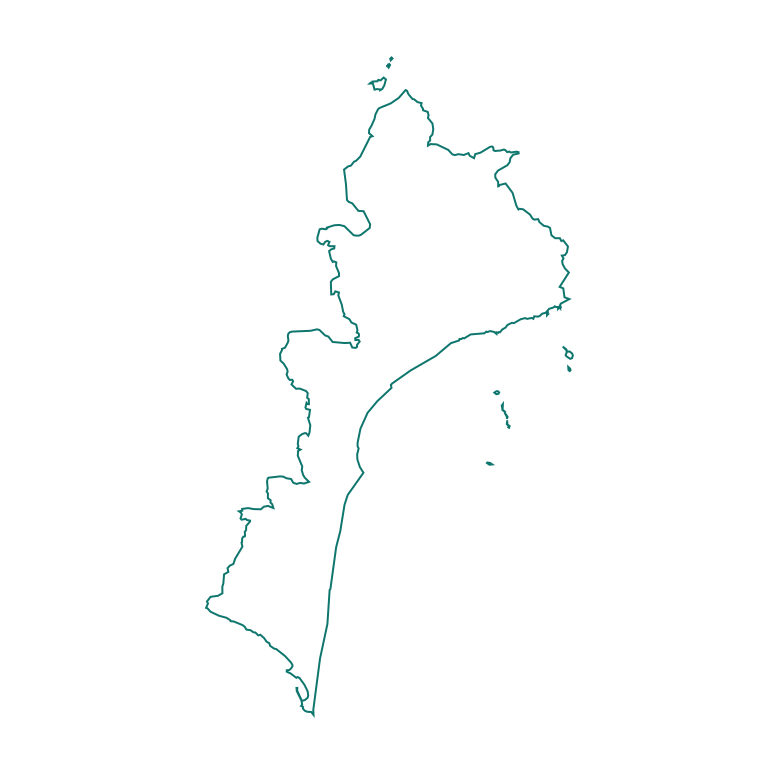 the district of Bangka Tengah, Bangka-Belitung, Indonesia, rotated 86°
{"feature_id": "22746128B66707258567489", "entity_name": "Bangka Tengah", "entity_type": "district", "adm_level": 2, "iso_a3": "IDN", "parent_name": "Indonesia", "parent_adm1": "Bangka-Belitung", "projection": "robinson", "projection_center": [106.262, -2.433], "detail": "fine", "context": "isolated", "style": "outline", "palette": "teal", "viewbox_px": 768, "rotation_deg": 86, "n_neighbors": 0, "source": "geoboundaries", "source_scale": "gbopen_adm2", "svg_char_len": 6140}
<svg xmlns="http://www.w3.org/2000/svg" viewBox="0 0 768 768"><g transform="rotate(86 384 384)"><path d="M92.3,342.0L99.6,349.3L104.5,357.6L108.4,369.4L109.6,370.8L114.4,373.7L118.7,374.9L125.2,378.3L129.2,381.0L132.7,381.5L136.0,378.2L136.6,380.6L155.5,391.8L159.5,396.4L160.1,398.4L163.8,401.7L164.5,404.8L167.3,408.9L182.1,408.0L197.8,408.1L199.8,406.6L201.6,403.0L209.5,397.5L210.2,392.3L223.7,386.7L227.4,387.4L233.5,396.5L234.2,398.5L234.1,401.1L233.5,403.9L223.8,412.5L222.2,417.5L222.2,422.6L224.0,430.1L224.9,429.8L225.6,431.3L224.7,435.3L225.2,437.4L233.5,440.3L236.9,440.3L239.6,437.5L240.6,434.8L238.1,432.7L237.3,430.6L238.4,428.5L241.6,430.1L242.7,428.7L243.1,423.8L245.3,424.2L246.0,427.3L247.6,429.5L255.2,428.3L258.7,426.6L258.2,425.3L259.3,423.1L263.0,423.6L270.1,421.2L273.2,421.3L276.1,427.9L278.5,429.9L291.0,430.4L290.9,427.8L288.2,426.1L289.6,422.5L292.4,423.4L301.9,420.6L309.1,419.7L311.7,418.5L313.6,419.4L316.9,414.0L320.4,412.2L322.9,407.6L328.5,406.7L330.8,407.6L331.8,405.8L333.1,405.5L334.9,405.8L336.4,409.6L338.2,409.5L338.2,406.3L339.9,405.3L343.1,408.2L345.3,408.4L346.0,409.8L345.4,413.1L340.5,414.9L340.4,420.4L338.5,432.3L332.8,436.2L331.4,439.4L325.6,444.6L324.8,447.0L325.8,453.6L325.3,472.2L325.9,474.6L327.1,475.9L329.3,476.6L334.0,476.3L336.4,477.3L340.9,480.3L341.9,483.4L343.3,483.5L346.7,485.6L353.4,485.7L356.6,482.7L362.5,479.6L365.1,479.3L367.7,480.5L371.1,479.3L373.3,477.9L373.4,475.2L375.0,474.5L378.0,476.3L382.6,472.1L382.7,468.3L385.6,462.2L387.8,460.7L392.4,461.6L393.7,460.1L398.9,460.3L398.7,461.6L397.4,462.6L401.9,464.0L403.4,463.4L404.6,459.6L411.9,461.2L412.3,462.2L420.1,460.4L427.2,461.7L430.3,463.1L427.7,465.1L427.5,466.7L428.4,469.5L430.7,472.8L437.8,474.2L440.3,473.7L441.9,474.9L443.6,471.9L444.6,474.3L449.5,475.0L460.6,471.3L464.2,472.1L469.1,471.0L471.9,469.6L476.4,465.6L477.7,470.7L476.8,474.7L477.6,478.1L476.2,481.4L472.3,483.3L471.2,487.9L469.4,491.0L468.9,494.1L469.4,505.6L469.9,506.5L473.0,507.5L480.1,507.3L483.1,508.6L485.0,507.4L489.9,507.8L492.0,505.2L494.4,505.5L496.1,503.9L500.0,503.0L497.5,508.3L498.1,512.5L500.4,515.6L499.7,522.7L498.3,528.3L498.7,534.2L500.5,534.2L500.9,537.5L502.2,535.8L504.2,534.9L508.1,536.5L509.4,535.6L508.9,531.3L510.1,530.3L510.9,527.2L511.7,527.1L515.9,531.3L520.3,531.8L521.7,533.2L525.8,533.2L526.4,533.6L526.5,535.0L528.2,536.3L531.7,536.6L532.2,537.2L536.4,536.6L547.9,544.7L553.0,546.8L554.4,550.4L556.8,552.9L560.6,552.4L562.7,556.8L571.9,558.2L574.8,559.4L581.5,559.8L583.7,564.4L584.2,571.8L588.6,575.8L590.6,574.9L594.9,577.1L595.4,575.8L599.1,572.9L603.7,564.7L606.2,557.5L608.9,553.8L609.9,553.6L610.4,550.5L614.6,542.0L616.4,539.9L619.4,538.4L620.3,534.3L622.6,531.6L622.9,529.7L626.0,527.0L625.5,524.9L629.0,521.4L632.9,519.1L634.6,516.5L637.2,515.9L640.3,512.1L640.9,510.0L648.6,501.6L655.5,496.1L658.1,494.9L659.3,495.0L661.7,497.0L662.7,498.5L662.8,501.0L664.2,501.1L666.2,497.4L671.0,491.9L670.3,490.6L671.5,488.7L678.6,484.3L685.3,481.6L689.4,481.3L691.7,482.1L693.8,485.1L694.4,488.0L683.9,492.0L681.1,491.7L681.1,492.5L684.3,492.4L694.1,488.4L698.2,488.0L699.4,489.1L700.3,487.4L702.3,487.5L704.5,485.7L705.6,483.5L706.1,479.5L709.2,477.4L704.3,477.3L653.5,467.0L619.5,457.2L585.6,452.6L584.9,451.8L543.4,443.1L527.8,437.9L501.7,431.8L492.1,427.9L471.1,410.7L465.1,413.9L457.5,415.8L452.5,415.7L446.5,413.8L444.3,414.7L440.6,414.4L426.9,410.6L411.6,402.4L400.6,391.8L388.4,376.8L385.4,377.2L384.1,375.9L372.3,356.4L359.6,330.4L347.9,314.4L345.8,306.0L344.3,305.5L344.5,303.7L343.6,302.1L344.1,300.9L340.6,294.1L340.4,280.3L338.9,278.3L339.4,277.2L338.6,274.4L339.8,270.5L341.9,268.3L340.3,268.1L340.9,266.5L340.2,265.8L340.5,264.7L337.8,262.2L336.2,258.8L333.8,256.8L331.9,252.3L332.3,250.1L328.9,243.0L328.1,238.6L329.0,236.8L328.4,232.0L329.4,230.5L327.0,229.4L327.5,225.6L327.1,224.0L324.9,221.3L324.3,218.1L323.1,216.4L326.8,216.6L325.9,215.6L325.7,216.3L323.9,215.4L322.3,215.8L320.5,214.0L319.5,209.5L318.4,208.2L319.3,206.9L319.3,205.1L321.0,205.1L319.8,204.1L321.0,203.0L319.5,203.0L320.8,202.0L318.2,202.8L316.2,202.1L312.2,193.2L310.1,197.9L301.1,198.5L299.4,202.0L285.7,191.8L281.3,195.5L276.7,197.5L273.5,197.7L271.4,196.2L268.3,197.6L268.1,194.5L265.3,192.3L259.6,190.9L253.2,195.2L253.8,197.1L250.8,198.4L250.5,203.1L247.3,206.6L239.9,207.5L238.4,209.7L237.3,213.6L233.4,217.6L230.3,218.7L230.5,222.5L229.6,224.1L225.1,226.6L219.4,233.1L218.7,236.5L219.3,237.7L215.4,239.5L202.3,242.4L192.5,248.7L193.7,255.8L194.7,255.7L194.8,256.3L190.4,256.0L186.0,258.5L182.5,258.4L179.0,255.3L174.4,245.7L171.5,243.2L167.6,242.2L164.3,239.2L163.4,233.6L162.1,233.6L161.5,235.6L161.9,241.4L160.9,242.7L161.3,244.8L158.9,246.9L158.5,248.4L159.2,251.2L159.3,257.0L158.5,258.4L155.5,258.6L154.6,259.7L154.8,261.6L159.9,271.5L161.1,277.0L165.0,278.4L162.3,282.6L159.6,283.6L161.1,288.4L159.9,293.9L160.6,297.3L159.7,299.8L155.0,303.5L148.7,314.6L147.9,320.9L149.3,323.5L145.9,323.0L144.4,321.0L140.9,320.8L138.5,318.3L133.2,317.1L127.5,317.5L121.7,321.6L118.9,320.8L115.6,321.4L113.7,325.9L112.2,325.9L108.9,327.7L106.5,326.9L105.1,330.9L102.1,334.1L101.7,335.7L96.5,339.5L93.2,340.5L92.3,342.0ZM86.2,362.9L80.3,360.8L78.3,363.0L80.9,366.2L80.2,368.5L81.5,369.3L81.5,374.5L82.5,374.8L82.5,376.3L83.3,377.3L83.4,374.1L89.7,372.9L89.3,370.6L89.9,367.1L90.6,367.2L89.6,365.2L86.2,362.9ZM371.3,194.6L368.6,193.6L366.7,194.2L364.5,196.6L364.6,199.0L362.2,199.7L359.1,203.1L363.1,199.6L365.2,199.5L367.8,200.8L369.0,200.2L371.9,196.5L371.3,194.6ZM400.3,274.5L402.0,272.7L401.7,270.4L400.4,269.7L399.1,271.0L399.1,272.5L400.3,274.5ZM470.0,286.8L471.9,284.4L471.8,281.6L470.2,283.6L469.5,286.3L470.0,286.8ZM383.4,197.0L381.7,197.2L379.8,199.0L382.9,199.0L384.1,197.9L383.4,197.0ZM68.7,357.3L66.2,355.7L65.2,356.4L65.6,357.7L66.7,357.8L67.1,359.6L67.2,358.2L68.7,357.3ZM418.3,267.6L420.9,264.5L417.8,267.5L412.3,266.8L413.7,268.0L418.3,267.6ZM436.4,262.3L434.8,261.6L432.9,263.8L428.8,263.6L432.6,264.3L434.7,262.5L435.8,263.1L436.4,262.3ZM427.4,263.9L425.5,263.0L420.7,265.8L425.7,263.6L427.4,263.9ZM61.6,354.7L59.9,352.8L58.8,353.7L59.9,355.1L61.6,354.7Z" fill="none" stroke="#0f766e" stroke-width="2"/></g></svg>